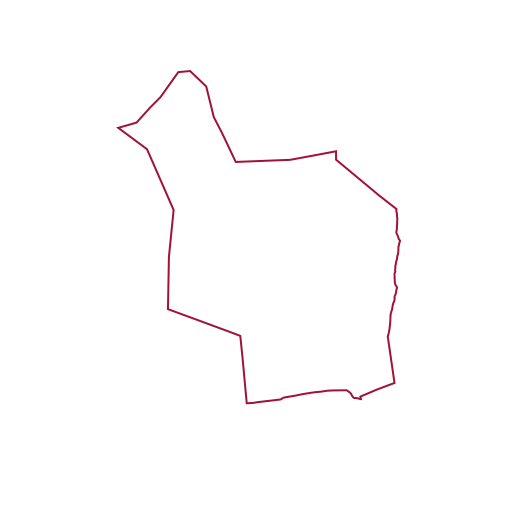 outline of Altanshiree, Dornogovi, Mongolia, rotated 301°
{"feature_id": "93677404B41959814318318", "entity_name": "Altanshiree", "entity_type": "district", "adm_level": 2, "iso_a3": "MNG", "parent_name": "Mongolia", "parent_adm1": "Dornogovi", "projection": "mercator", "projection_center": [110.515, 45.523], "detail": "fine", "context": "isolated", "style": "outline", "palette": "rose", "viewbox_px": 512, "rotation_deg": 301, "n_neighbors": 0, "source": "geoboundaries", "source_scale": "gbopen_adm2", "svg_char_len": 3161}
<svg xmlns="http://www.w3.org/2000/svg" viewBox="0 0 512 512"><g transform="rotate(301 256 256)"><path d="M125.0,323.9L128.1,328.5L129.4,330.2L131.6,332.7L133.1,334.7L134.5,336.5L137.4,340.2L138.9,342.2L140.9,344.8L142.3,346.6L144.3,349.1L145.2,350.4L145.6,350.8L146.1,351.2L146.8,351.6L148.2,352.2L149.3,353.1L150.1,354.1L152.7,357.1L153.8,358.4L155.6,360.5L156.9,362.0L158.0,363.2L159.5,364.8L160.6,366.0L161.1,366.6L162.4,368.0L163.8,369.7L164.7,370.7L165.5,371.8L167.0,373.5L168.0,374.7L168.6,375.6L169.5,376.5L170.2,377.5L172.1,380.1L173.2,381.6L177.4,386.7L179.6,390.0L180.7,391.7L185.4,399.3L187.6,402.8L187.5,405.3L187.2,407.3L186.8,408.6L185.8,410.1L185.5,410.7L185.1,411.5L184.9,412.2L184.9,412.6L184.9,413.4L185.5,414.3L186.3,416.3L186.7,417.6L187.4,419.6L189.3,417.9L204.7,429.1L218.5,440.1L255.0,410.3L256.8,410.0L257.8,409.6L259.6,409.0L261.0,408.5L261.6,408.3L262.2,408.0L263.8,407.3L264.9,406.8L265.8,406.4L268.1,405.3L269.4,404.6L271.5,403.5L272.3,403.0L273.7,402.3L274.1,402.0L274.3,402.0L274.4,401.9L274.6,401.9L274.8,401.8L275.2,401.5L275.6,401.2L276.7,401.1L277.3,400.9L278.3,400.6L278.9,400.4L279.3,400.3L279.7,400.3L280.1,400.2L281.0,399.9L282.1,399.4L283.0,399.1L284.0,398.6L285.2,398.3L285.9,398.1L286.5,397.9L287.0,397.9L287.6,397.9L288.1,397.7L288.8,397.6L289.4,397.5L290.2,397.1L290.8,396.8L291.4,396.4L291.9,396.1L292.3,395.9L292.7,395.6L293.0,395.5L293.5,395.5L294.8,395.4L295.4,395.3L295.9,395.1L296.8,394.8L298.2,394.2L298.7,394.0L299.1,393.9L299.6,393.7L300.4,393.5L301.1,393.3L301.5,393.2L301.9,392.8L302.0,392.6L303.0,390.7L303.5,389.9L304.0,389.3L304.3,389.0L304.7,388.8L305.5,388.3L306.1,387.8L307.2,387.1L308.2,386.4L309.1,385.8L309.7,385.4L310.2,385.1L310.7,384.8L311.1,384.5L311.6,384.2L311.8,384.0L312.1,383.9L312.4,383.8L312.7,383.7L313.4,383.6L313.9,383.5L314.3,383.4L314.7,383.2L315.0,383.0L315.2,382.8L315.5,382.6L316.1,382.2L316.8,381.9L317.9,381.4L318.4,381.1L318.7,380.8L319.1,380.6L319.5,380.4L319.8,380.4L320.1,380.3L320.6,380.2L321.0,380.1L321.5,379.9L322.1,379.5L322.6,379.3L323.1,379.2L324.0,378.9L326.0,378.4L326.8,378.1L327.2,377.9L327.9,377.6L328.4,377.3L328.8,377.1L329.2,377.1L329.9,376.9L330.7,376.7L331.4,376.4L332.2,376.1L333.3,375.6L335.3,374.5L336.8,373.6L337.2,373.4L337.7,373.2L338.3,373.1L338.7,373.0L339.0,372.9L339.5,372.7L339.9,372.5L340.2,372.4L340.9,372.2L341.7,372.0L342.2,371.9L342.5,371.9L342.8,371.8L343.0,371.7L343.4,371.3L343.6,370.8L343.9,370.1L344.1,369.6L344.5,369.2L345.6,368.1L346.2,367.2L346.7,366.5L347.2,365.7L347.6,365.1L348.2,364.5L348.5,364.2L348.9,363.9L349.5,363.7L350.6,363.3L352.0,362.7L353.8,361.7L355.2,360.9L355.8,360.6L356.6,360.2L357.7,359.6L358.9,358.9L360.0,358.3L361.0,357.8L361.7,357.3L362.3,356.7L363.1,356.1L363.6,355.8L364.0,355.6L364.4,355.3L365.0,354.9L365.4,354.5L365.9,353.9L366.7,353.3L367.4,352.8L368.0,352.3L368.3,352.1L368.6,352.1L371.3,330.1L379.8,275.0L387.0,270.7L356.0,235.7L326.2,190.2L344.1,163.3L353.3,148.3L375.7,126.0L380.6,104.2L373.6,94.7L342.9,92.3L329.3,88.9L308.8,84.9L294.9,71.9L291.4,107.6L253.0,161.7L210.4,181.8L165.1,207.9L178.1,276.1L179.4,283.7L160.7,297.7L125.0,323.9Z" fill="none" stroke="#9f1239" stroke-width="2"/></g></svg>